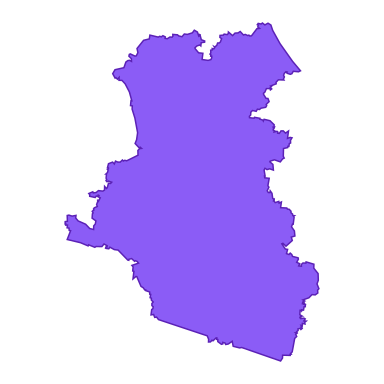 outline of Papantla, Veracruz, Mexico
{"feature_id": "50627088B19201983933003", "entity_name": "Papantla", "entity_type": "district", "adm_level": 2, "iso_a3": "MEX", "parent_name": "Mexico", "parent_adm1": "Veracruz", "projection": "mercator", "projection_center": [-97.275, 20.413], "detail": "fine", "context": "isolated", "style": "filled", "palette": "violet", "viewbox_px": 384, "rotation_deg": 0, "n_neighbors": 0, "source": "geoboundaries", "source_scale": "gbopen_adm2", "svg_char_len": 5937}
<svg xmlns="http://www.w3.org/2000/svg" viewBox="0 0 384 384"><path d="M282.6,355.2L290.2,355.4L290.1,354.5L291.2,354.2L290.6,353.5L292.2,351.9L294.7,338.4L296.7,336.5L295.7,334.3L296.7,333.5L295.7,332.8L297.1,332.7L296.6,331.7L298.1,330.5L298.0,328.9L300.1,328.4L300.9,329.5L302.2,328.4L301.1,327.1L302.0,326.8L301.1,325.4L302.3,325.6L302.4,323.4L305.0,324.0L304.7,322.3L306.2,321.1L303.9,320.9L305.2,318.9L303.9,318.1L300.7,318.6L300.0,317.8L301.0,316.9L300.3,316.8L300.7,316.1L302.0,316.0L299.8,314.7L300.1,310.4L301.0,310.7L301.6,309.2L301.8,310.8L302.5,309.9L303.5,310.1L304.1,306.8L305.3,306.7L305.2,304.8L306.1,304.5L303.3,304.2L303.3,303.0L302.5,303.3L302.7,302.4L304.2,302.9L303.5,301.5L304.7,301.0L302.9,299.9L308.9,297.8L312.0,294.6L315.2,294.9L317.8,293.0L317.6,290.2L318.9,288.7L317.0,283.9L318.3,280.3L318.1,273.6L313.8,268.2L313.9,264.2L306.1,261.9L305.9,263.1L302.9,263.0L301.3,264.5L301.4,266.2L298.7,265.9L299.7,263.7L296.7,262.3L298.4,259.1L298.1,257.8L292.5,256.4L291.8,254.5L290.2,253.1L289.0,254.5L286.5,253.6L287.6,249.4L285.3,249.0L281.8,243.8L282.9,243.3L286.0,246.2L292.3,240.5L291.3,237.1L294.9,236.0L294.4,230.9L291.5,226.8L292.5,224.1L293.2,224.2L294.1,217.4L293.6,216.3L294.4,215.7L292.8,215.5L292.5,214.0L291.0,212.8L291.0,211.2L289.2,209.3L287.4,209.1L286.8,208.0L280.6,207.7L281.4,202.0L279.1,203.1L278.8,201.4L275.2,202.6L274.1,201.2L274.2,199.6L273.6,200.2L273.7,199.0L272.7,198.3L272.0,193.3L270.2,190.8L269.9,192.6L268.3,192.5L267.2,190.8L268.9,187.2L267.9,185.7L269.2,178.3L264.7,177.8L264.5,176.0L265.1,176.0L264.1,170.0L265.0,168.3L267.0,169.6L269.7,168.8L273.4,170.1L272.9,164.4L269.8,161.8L270.1,161.2L274.4,159.8L280.3,161.9L282.6,158.9L284.2,158.1L283.3,156.3L283.5,148.5L287.7,147.6L287.9,146.3L288.9,146.4L289.3,143.6L290.6,143.0L290.5,140.3L292.0,137.8L290.1,137.4L287.5,138.4L288.5,131.0L285.5,133.1L283.3,130.9L281.0,130.9L279.3,133.4L277.7,133.2L277.9,132.1L277.0,131.3L274.2,132.0L274.7,130.9L273.4,130.5L273.2,129.2L273.9,128.7L273.4,127.7L274.1,128.0L274.6,126.9L273.9,126.8L274.2,124.8L270.0,120.7L264.1,119.3L263.3,121.0L262.9,120.1L259.8,119.1L259.9,118.3L254.5,117.3L254.1,118.2L249.5,117.7L249.4,116.3L250.7,115.0L250.8,112.2L252.5,110.5L256.2,111.3L257.4,109.2L259.5,109.5L261.0,108.2L265.7,107.3L266.7,105.6L266.2,104.4L269.1,101.6L268.0,98.5L266.0,98.3L263.6,94.4L263.5,93.3L264.9,92.1L266.4,88.6L270.0,88.6L270.4,89.9L271.7,88.9L270.3,87.5L271.6,86.2L270.9,85.9L276.2,83.8L276.0,82.3L278.4,79.8L283.9,80.0L283.4,79.2L284.4,76.9L283.6,75.5L284.2,73.5L285.9,71.7L287.1,72.0L286.6,72.7L287.2,73.3L290.3,74.3L291.9,73.7L293.3,71.3L298.5,71.8L300.5,70.8L292.6,61.4L280.0,43.6L272.7,30.4L270.9,25.0L268.0,23.2L264.9,24.9L262.4,23.0L261.1,24.0L258.2,23.4L257.3,24.7L258.3,25.2L257.8,26.9L259.5,28.4L256.9,28.7L251.5,35.8L249.8,36.0L248.9,35.1L247.9,35.6L245.2,34.4L243.5,35.0L240.2,31.5L238.1,32.9L235.0,33.1L232.6,35.6L228.4,32.0L228.3,33.5L227.2,34.6L224.1,34.1L223.4,35.1L220.0,35.4L219.9,37.4L221.6,38.7L220.4,41.9L219.4,42.9L217.6,43.0L216.8,45.3L214.8,47.0L214.1,46.6L214.7,47.7L213.8,48.9L212.2,48.5L212.3,49.9L210.7,50.2L210.8,52.9L210.0,54.1L210.8,54.6L210.7,56.2L211.7,56.2L211.7,57.9L210.9,59.6L208.1,60.4L202.1,59.5L202.9,53.3L198.6,52.8L195.1,48.6L195.0,47.7L197.0,45.9L199.8,45.0L200.8,45.9L201.2,42.7L204.6,42.2L204.7,41.0L201.3,39.7L200.2,35.5L199.6,35.8L200.1,34.8L199.2,34.4L198.5,35.3L197.4,32.0L194.3,30.2L192.4,32.8L187.4,34.4L184.3,34.0L182.0,36.7L178.7,35.9L177.5,34.8L172.8,34.4L172.9,36.2L172.0,37.2L170.0,37.0L167.3,38.7L165.1,38.4L165.3,36.9L162.9,35.7L161.3,36.8L159.7,36.3L158.3,37.1L149.9,35.1L149.3,38.9L143.6,40.3L137.0,48.5L137.9,52.6L136.3,55.8L135.0,56.1L130.3,53.9L129.3,54.4L128.9,56.2L131.4,58.7L131.5,61.4L129.4,60.3L127.8,60.6L125.9,62.0L123.9,67.7L115.0,69.7L112.7,73.7L115.1,78.1L115.9,77.6L117.4,79.2L119.1,77.4L119.0,80.3L122.0,80.4L125.2,83.9L129.4,92.0L131.8,100.8L131.0,100.7L130.5,105.6L132.3,105.9L132.1,109.1L134.9,118.1L137.6,132.7L136.6,139.7L135.1,143.5L139.3,148.0L140.2,147.2L141.5,148.4L139.7,148.6L137.9,150.4L138.0,155.2L126.7,160.8L124.8,160.3L123.3,161.0L122.4,160.0L120.2,162.1L117.8,162.1L115.5,161.1L114.3,164.0L112.6,162.1L108.5,163.7L107.5,167.5L108.4,167.8L108.4,168.7L107.3,169.2L108.1,170.1L107.5,172.5L105.9,174.0L106.5,174.0L106.1,178.2L106.7,179.6L106.0,180.6L106.9,181.7L108.5,181.1L111.7,182.2L110.5,183.5L108.5,183.2L107.3,187.6L106.4,188.1L106.9,189.0L104.6,186.4L104.5,190.1L102.8,191.1L98.4,190.6L96.2,192.5L93.3,192.9L92.8,191.8L88.8,193.5L89.7,194.6L89.7,196.3L95.2,197.5L96.3,196.0L97.9,196.4L98.2,195.1L99.0,195.5L98.3,196.9L100.2,197.8L98.5,201.2L97.4,199.6L97.9,201.0L96.6,204.5L97.3,206.5L94.3,207.8L93.5,209.0L93.9,210.0L92.2,211.3L93.1,212.9L92.4,213.8L92.1,218.2L95.9,220.9L95.3,224.0L93.7,225.9L93.6,229.5L89.7,228.5L85.6,224.2L78.1,220.9L75.7,218.0L76.0,215.4L72.1,216.1L68.9,215.1L67.2,215.5L67.4,221.3L65.2,221.6L65.1,224.0L65.8,224.0L65.7,225.1L67.5,225.1L67.1,227.8L69.0,228.1L69.2,230.4L70.6,230.7L67.2,239.5L80.5,242.7L88.1,245.9L88.6,244.8L94.8,247.3L96.1,246.5L101.9,246.6L104.0,244.0L107.3,245.8L107.0,246.8L106.2,246.5L105.5,248.1L106.0,248.4L108.8,248.8L109.9,247.2L114.3,249.6L118.1,250.1L127.8,260.1L128.8,260.3L128.9,259.3L131.6,258.6L134.6,261.3L135.2,260.7L137.1,261.4L138.5,263.1L131.9,265.4L133.1,266.9L132.7,271.0L133.9,271.3L133.0,278.9L135.9,276.5L136.8,276.6L141.0,286.4L143.3,287.8L144.7,289.9L145.7,289.9L145.7,290.6L149.7,292.0L149.7,294.2L150.7,294.4L150.1,297.7L151.4,298.2L151.3,300.0L153.2,302.0L151.9,303.5L151.9,305.6L153.2,306.8L152.8,308.8L151.7,309.5L151.0,314.9L153.6,314.5L154.7,317.4L156.6,317.1L158.5,319.6L207.2,335.8L208.6,339.2L208.5,342.0L210.5,341.9L212.0,340.2L213.0,340.8L216.1,337.9L216.8,337.9L216.7,339.4L217.8,339.5L217.8,341.6L221.4,344.3L222.8,343.9L222.8,342.4L224.9,342.9L225.7,344.5L228.3,344.0L232.2,341.3L233.2,346.3L239.6,347.9L241.7,347.5L280.6,361.0L282.5,358.1L282.6,355.2Z" fill="#8b5cf6" stroke="#5b21b6" stroke-width="1.5"/></svg>